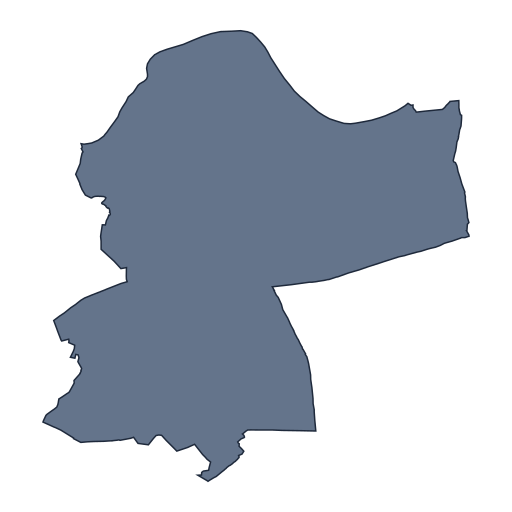 outline of Vecsalienas pag., Daugavpils, Latvia
{"feature_id": "27541924B65627914021645", "entity_name": "Vecsalienas pag.", "entity_type": "district", "adm_level": 2, "iso_a3": "LVA", "parent_name": "Latvia", "parent_adm1": "Daugavpils", "projection": "equal_earth", "projection_center": [26.809, 55.845], "detail": "fine", "context": "isolated", "style": "filled", "palette": "slate", "viewbox_px": 512, "rotation_deg": 0, "n_neighbors": 0, "source": "geoboundaries", "source_scale": "gbopen_adm2", "svg_char_len": 5887}
<svg xmlns="http://www.w3.org/2000/svg" viewBox="0 0 512 512"><path d="M58.6,333.7L61.1,340.2L61.7,341.0L68.7,339.2L69.0,341.0L68.7,342.6L74.7,345.2L74.3,348.7L73.3,351.4L70.4,357.3L74.9,358.2L75.8,354.4L78.1,354.9L78.9,357.5L78.9,357.9L78.6,359.0L77.9,361.6L78.2,362.3L81.4,367.9L81.6,368.4L81.6,368.7L81.2,369.8L80.9,370.3L81.2,370.8L81.2,371.0L80.2,372.9L80.3,372.9L80.1,373.6L74.0,380.5L74.2,383.1L69.6,391.4L69.1,392.1L69.0,392.3L68.3,392.8L67.0,393.6L62.9,396.4L59.2,398.8L58.9,398.9L58.6,400.4L58.2,403.0L58.0,403.7L57.9,404.5L57.7,404.9L57.3,405.8L57.0,406.7L56.8,407.0L56.4,407.4L54.9,408.6L53.6,409.6L53.4,409.7L52.8,410.1L50.3,411.9L47.0,414.3L46.0,415.3L45.6,416.1L44.0,419.5L43.4,420.9L43.2,421.3L43.0,422.1L49.5,425.0L54.1,427.1L55.5,427.6L60.8,430.1L72.6,437.4L73.6,438.0L73.5,438.6L80.8,442.4L87.5,441.8L93.9,441.5L103.6,441.3L109.5,440.9L112.4,440.8L112.4,440.7L117.2,440.2L117.5,440.1L119.0,439.9L120.0,440.3L130.6,438.3L133.6,437.3L138.0,443.4L148.4,444.8L153.5,438.4L156.1,435.5L158.8,435.0L161.6,435.3L166.1,440.3L174.0,448.2L176.8,451.1L187.8,447.4L189.7,446.5L194.6,444.3L202.6,454.5L205.2,457.1L207.1,459.3L210.6,462.0L209.2,467.3L208.6,470.3L203.3,471.1L201.7,472.4L201.5,475.0L197.8,475.2L207.7,481.0L208.0,481.3L209.5,480.3L213.8,477.7L216.2,476.5L221.9,471.8L224.0,470.2L224.9,469.3L225.6,468.8L226.1,468.4L226.7,467.6L227.0,467.4L228.9,465.9L229.4,465.6L230.0,465.4L230.9,464.8L231.6,464.2L232.2,463.9L233.4,462.7L234.1,462.1L235.3,461.4L235.7,461.0L236.1,460.5L237.5,459.3L237.7,459.0L237.9,458.6L239.0,457.6L239.0,457.0L239.0,456.4L238.6,455.5L242.0,454.1L243.8,451.2L241.5,448.6L241.3,448.4L239.1,446.3L239.2,443.7L238.3,443.1L237.7,441.9L241.1,438.9L244.1,437.6L244.5,437.1L243.9,435.3L242.5,434.0L242.7,433.9L245.7,431.3L247.7,430.0L250.0,430.0L250.1,429.9L259.1,430.0L272.6,430.0L282.1,430.4L301.5,430.7L315.8,431.0L315.4,426.7L315.2,424.6L314.8,420.5L314.2,411.8L314.2,409.7L313.1,403.6L313.0,398.5L311.9,387.6L310.7,379.4L310.6,374.9L308.6,363.6L307.9,360.7L306.8,356.6L305.8,355.3L305.3,354.4L305.6,353.9L304.8,352.5L303.0,349.3L302.6,349.2L302.0,346.8L301.5,346.2L299.7,342.8L298.4,339.9L296.9,337.6L296.8,337.4L296.8,337.2L295.0,333.9L294.8,333.3L293.4,330.1L293.5,330.1L292.5,328.2L291.5,326.5L289.8,323.0L289.4,321.9L287.4,317.5L287.0,317.0L282.8,309.7L281.4,304.4L278.2,297.4L276.5,295.4L276.4,295.4L273.9,290.2L274.2,290.2L272.3,286.8L281.2,285.8L291.2,284.7L301.4,283.3L309.4,282.2L311.8,282.2L315.3,281.8L317.4,281.5L317.6,281.4L323.4,280.5L323.7,280.5L328.2,279.5L328.7,279.6L336.9,276.9L337.6,276.9L345.9,273.9L349.0,272.8L351.9,272.0L354.5,271.2L356.0,270.8L359.1,269.9L364.2,268.1L365.8,267.6L367.6,266.9L381.0,262.6L383.6,261.7L389.6,259.8L398.9,256.8L404.7,255.6L406.8,254.9L417.0,252.1L420.8,251.3L427.3,249.2L429.5,248.6L431.1,248.2L435.5,247.2L440.3,245.4L442.8,244.1L444.1,243.4L446.0,242.8L448.5,242.1L451.7,241.2L451.9,241.2L452.0,241.1L452.3,241.0L454.9,240.1L460.9,238.0L461.2,237.7L461.5,237.6L464.9,237.6L468.8,236.3L469.0,236.3L469.0,236.0L468.9,235.0L466.6,230.8L466.9,230.8L467.4,224.2L468.9,222.6L468.0,219.3L467.5,217.9L467.4,216.2L467.3,213.4L466.3,206.7L465.5,201.1L465.3,198.8L465.4,196.7L464.5,192.8L464.9,192.1L462.0,184.4L461.9,184.2L460.1,177.7L458.0,171.4L457.2,167.1L456.7,165.4L455.4,162.6L453.8,161.9L453.2,160.7L454.8,153.7L455.6,151.1L456.2,147.6L456.9,142.0L458.2,138.8L458.6,136.7L458.4,136.6L458.9,134.4L459.7,129.6L460.1,128.7L461.0,126.0L461.5,119.8L461.6,117.7L461.6,115.3L460.4,114.6L459.4,110.9L459.2,109.2L458.9,108.0L458.9,104.1L458.8,100.6L450.4,101.4L450.0,101.4L449.7,102.0L448.5,103.2L447.9,103.9L447.0,104.7L446.3,105.4L445.5,106.4L444.8,107.4L444.3,107.9L443.7,108.3L443.1,108.8L442.6,109.4L438.7,109.8L427.5,110.9L424.5,111.2L417.6,112.0L416.2,112.1L415.5,110.6L414.2,109.4L413.0,107.5L413.0,105.0L411.0,105.3L410.9,105.2L408.0,103.3L405.0,105.8L396.8,110.9L391.0,113.3L385.4,115.8L379.2,117.9L371.6,120.2L364.4,121.6L355.5,123.2L350.5,123.8L344.0,123.4L335.8,120.9L329.5,118.8L323.9,115.7L318.2,112.1L312.4,107.1L305.5,101.1L299.9,96.5L294.3,91.1L289.8,85.2L284.4,78.6L279.5,71.4L275.1,64.5L270.8,57.8L267.9,52.2L264.7,46.9L260.7,42.1L256.4,37.4L252.3,33.5L247.5,31.8L240.6,30.7L231.7,31.2L220.6,31.6L211.1,33.7L202.1,36.6L193.2,40.2L183.3,44.4L175.3,46.8L167.2,49.2L160.0,51.8L154.7,54.7L150.3,59.2L147.5,63.8L146.6,68.3L147.5,74.2L147.5,76.7L146.4,79.2L144.2,81.2L140.0,83.6L138.0,85.4L135.8,88.8L133.3,92.5L128.3,96.9L126.1,101.6L122.0,107.9L119.8,111.8L118.0,116.8L114.6,121.6L110.3,127.4L106.8,132.4L105.2,134.2L103.8,136.1L98.3,140.2L91.7,143.0L88.2,143.6L84.0,144.2L81.1,143.7L82.1,146.6L82.1,147.7L81.3,148.5L83.0,151.9L82.1,153.1L80.7,159.3L80.2,163.5L75.7,174.3L77.9,179.0L79.9,183.5L79.9,184.4L80.1,184.8L80.5,185.8L82.1,189.7L85.4,195.1L91.2,198.0L91.5,197.8L91.9,197.8L92.3,197.6L92.9,197.2L93.5,196.8L95.0,196.4L96.0,196.3L98.2,196.2L98.7,196.2L99.1,196.3L99.7,196.4L100.4,196.3L102.9,196.5L103.3,196.5L104.1,196.7L105.1,197.1L105.7,197.7L105.9,197.9L105.0,199.7L103.9,200.9L103.0,201.6L101.9,202.6L101.7,203.1L101.8,203.5L102.2,203.9L102.7,204.1L103.1,204.1L103.5,204.3L103.8,204.4L103.9,204.5L104.4,204.8L104.7,205.1L105.1,205.3L105.8,205.7L105.8,206.2L106.2,206.8L106.9,207.6L107.5,207.9L107.7,208.1L108.0,207.9L108.3,208.2L108.7,208.2L109.1,208.6L109.3,209.0L109.9,211.4L109.8,211.7L109.6,211.9L109.6,212.0L109.5,212.3L109.5,212.5L109.9,212.7L110.1,213.0L110.2,213.3L110.3,214.0L110.2,214.6L109.8,215.0L109.5,215.1L109.3,215.5L109.0,215.5L108.8,215.3L107.8,218.0L106.4,220.6L105.4,224.9L102.3,224.8L101.0,233.4L100.6,236.4L101.1,241.1L101.1,242.5L101.1,249.3L114.1,261.2L120.9,268.6L126.5,267.6L126.4,269.7L126.3,276.1L126.4,279.2L127.2,281.7L121.0,283.5L106.0,289.4L105.7,289.6L91.6,295.1L88.8,296.3L84.6,298.0L80.8,300.3L75.4,304.6L70.8,307.7L64.1,313.1L60.1,315.7L53.7,320.5L56.7,328.5L57.5,330.8L58.6,333.7Z" fill="#64748b" stroke="#1e293b" stroke-width="1.5"/></svg>